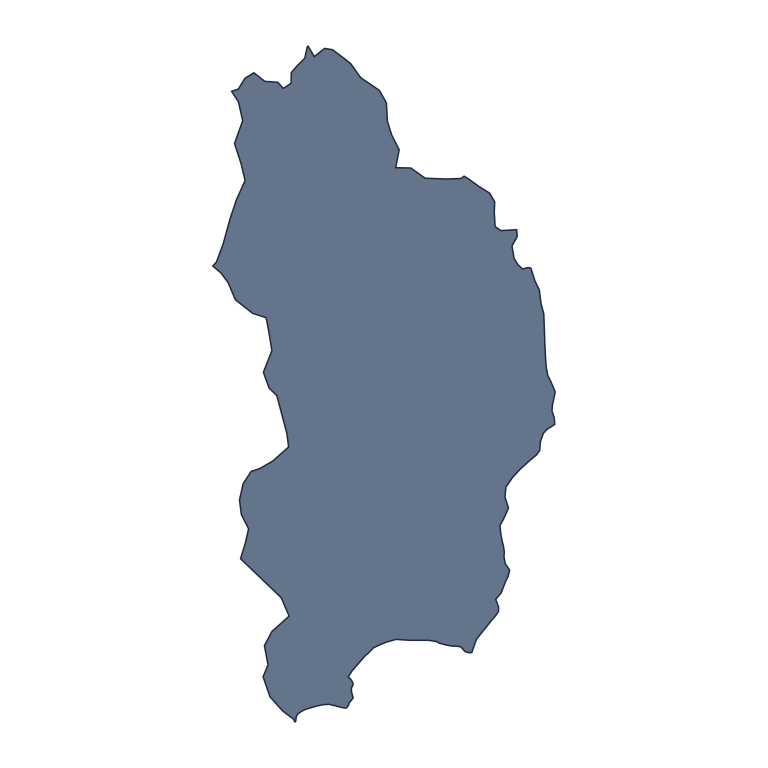 Avdimou, Limassol, Cyprus
{"feature_id": "46923920B67900362535840", "entity_name": "Avdimou", "entity_type": "district", "adm_level": 2, "iso_a3": "CYP", "parent_name": "Cyprus", "parent_adm1": "Limassol", "projection": "equal_earth", "projection_center": [32.763, 34.683], "detail": "fine", "context": "isolated", "style": "filled", "palette": "slate", "viewbox_px": 768, "rotation_deg": 0, "n_neighbors": 0, "source": "geoboundaries", "source_scale": "gbopen_adm2", "svg_char_len": 2308}
<svg xmlns="http://www.w3.org/2000/svg" viewBox="0 0 768 768"><path d="M294.9,721.9L295.8,721.1L296.2,717.0L297.7,714.0L300.9,711.8L304.8,709.6L309.4,708.2L316.5,706.1L323.2,704.7L329.2,704.3L337.1,706.3L343.5,707.9L346.5,708.0L348.5,705.2L349.3,702.7L351.9,699.6L353.2,697.8L352.3,694.9L351.4,691.2L351.5,688.1L353.2,684.3L352.3,681.6L350.7,679.2L348.2,677.0L351.9,671.1L355.2,667.2L358.4,663.6L361.1,660.4L364.8,656.2L368.9,652.6L373.5,647.8L380.4,644.6L386.3,642.1L396.1,639.4L409.8,640.3L416.9,640.3L428.4,640.3L436.0,641.4L439.7,643.3L446.1,645.0L451.9,646.1L456.0,646.2L460.7,646.8L465.0,651.5L469.0,652.8L471.7,652.6L471.8,652.3L473.8,646.9L476.5,639.2L483.9,630.0L491.9,620.0L495.9,615.4L498.5,611.4L498.6,606.9L495.7,599.3L501.1,593.1L503.8,586.1L506.1,580.3L508.3,576.0L509.6,570.0L505.3,563.8L504.0,557.0L504.3,551.9L503.5,546.2L502.3,541.7L501.0,535.0L499.9,525.5L503.5,519.2L508.5,508.1L504.9,496.7L506.0,486.9L512.9,477.0L520.4,469.0L529.4,460.8L536.5,454.9L539.7,450.4L540.5,441.3L543.4,433.3L547.1,429.3L554.8,424.4L554.2,417.4L552.0,411.1L552.5,404.7L553.7,399.4L555.2,392.0L552.5,385.4L550.2,380.1L547.8,375.6L546.3,367.7L545.5,357.2L544.8,342.1L544.4,330.1L543.8,314.0L540.9,302.8L539.4,290.2L534.8,280.6L530.9,268.2L528.1,267.5L522.5,269.0L517.9,264.6L514.1,258.5L512.0,245.9L517.3,236.5L516.7,229.7L500.8,230.6L495.1,226.6L494.3,212.3L494.7,201.8L489.7,193.2L478.6,186.3L468.6,178.9L464.1,176.2L461.0,178.5L445.4,179.0L425.1,178.2L410.8,168.0L395.7,167.7L399.2,149.8L391.7,135.0L387.4,121.2L386.4,102.8L379.4,90.4L360.8,77.8L350.8,63.8L344.0,58.3L332.4,49.7L324.6,48.4L314.3,56.6L308.1,46.1L307.2,47.0L304.8,58.2L297.4,65.5L291.3,72.6L291.1,83.3L283.3,88.4L277.8,82.3L264.7,81.3L253.9,72.8L245.0,78.2L238.4,89.0L231.6,91.3L238.4,101.8L242.7,120.7L234.5,143.5L241.1,163.7L245.1,180.5L236.4,199.8L229.8,219.6L223.1,244.1L216.4,262.1L212.8,266.0L220.9,272.9L228.2,282.8L235.4,299.8L252.7,313.4L266.1,317.7L268.5,330.0L271.9,350.5L263.4,372.3L269.1,388.1L276.9,395.8L281.7,413.9L287.0,434.2L288.6,447.0L272.8,461.0L259.3,468.8L251.2,471.3L243.1,483.8L239.5,499.9L241.3,514.4L248.6,528.9L245.1,543.9L240.5,558.7L281.2,597.7L289.1,616.1L272.0,631.4L264.4,645.6L268.0,664.8L263.1,676.8L270.0,696.8L282.7,711.0L293.4,719.1L294.9,721.9Z" fill="#64748b" stroke="#1e293b" stroke-width="1.5"/></svg>